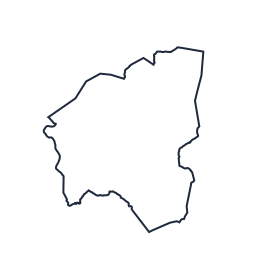 outline of San Marcos de Colon, Choluteca, Honduras, rotated 16°
{"feature_id": "27666195B6198023019370", "entity_name": "San Marcos de Colon", "entity_type": "district", "adm_level": 2, "iso_a3": "HND", "parent_name": "Honduras", "parent_adm1": "Choluteca", "projection": "albers", "projection_center": [-86.836, 13.415], "detail": "fine", "context": "isolated", "style": "outline", "palette": "slate", "viewbox_px": 256, "rotation_deg": 16, "n_neighbors": 0, "source": "geoboundaries", "source_scale": "gbopen_adm2", "svg_char_len": 5664}
<svg xmlns="http://www.w3.org/2000/svg" viewBox="0 0 256 256"><g transform="rotate(16 128 128)"><path d="M48.4,139.6L50.0,140.3L51.5,141.3L52.1,141.6L52.6,142.0L54.3,143.0L54.7,143.5L55.0,143.7L55.5,143.8L56.2,143.9L56.5,143.9L56.9,143.8L57.2,143.8L57.5,144.0L57.5,144.5L57.3,145.0L57.0,145.7L56.6,146.3L56.4,146.6L56.1,146.8L55.1,147.5L54.6,147.6L53.9,147.8L53.0,147.9L51.5,148.0L50.5,148.2L49.8,148.4L49.5,148.7L49.0,149.3L48.5,150.4L47.7,153.2L47.7,153.5L47.8,153.9L48.2,154.9L48.4,155.2L48.9,155.5L49.5,156.0L50.3,156.3L51.4,157.5L51.9,157.9L52.2,158.1L53.9,158.8L54.5,158.9L54.9,158.9L55.6,158.7L56.3,158.3L56.6,158.3L57.0,158.2L58.5,158.8L58.8,159.0L59.1,159.2L60.0,160.2L60.5,160.6L60.8,160.8L61.1,161.4L61.6,162.3L62.7,164.1L63.0,164.7L63.6,167.0L63.8,167.4L64.0,167.7L64.5,168.3L65.2,169.0L67.4,170.7L68.0,171.2L68.4,171.7L69.7,173.0L69.9,173.3L70.1,173.5L70.2,173.8L70.5,175.1L70.7,176.2L70.8,176.9L70.6,179.0L70.6,179.8L69.6,184.1L69.6,185.7L69.7,186.0L69.8,186.4L69.9,186.6L70.1,186.9L70.5,187.1L72.3,188.0L73.4,188.6L75.2,189.2L76.5,189.9L77.5,190.8L79.4,192.1L83.7,208.0L84.3,208.5L84.8,209.0L85.2,209.6L86.1,210.3L87.1,211.5L88.7,213.1L88.9,213.3L88.9,213.6L89.0,214.0L88.9,214.6L89.0,215.0L89.4,215.3L90.3,215.7L90.8,216.1L91.1,216.4L91.3,216.8L91.4,217.9L91.7,218.6L92.3,218.7L92.8,218.9L93.0,218.9L93.5,218.8L94.0,218.5L94.3,218.3L94.4,218.1L95.0,217.3L95.5,216.8L95.8,216.5L96.6,216.2L97.1,215.8L97.5,215.3L97.6,215.1L97.6,214.8L97.8,214.6L98.0,214.6L98.6,215.2L98.9,215.3L99.0,215.3L99.2,215.2L99.4,214.9L99.5,214.6L99.6,214.0L99.7,213.8L100.1,213.9L100.6,213.7L100.8,213.6L101.0,213.7L101.2,214.0L102.0,214.2L102.3,214.1L102.6,213.8L102.8,213.5L102.8,213.2L102.7,213.0L102.5,212.8L102.3,212.6L102.3,212.4L102.4,211.9L102.4,211.7L102.2,211.2L101.9,210.7L101.8,210.4L101.7,210.1L101.7,209.9L101.9,209.6L102.2,209.2L102.4,208.7L102.8,207.9L103.1,206.5L103.1,206.4L103.3,206.4L103.6,205.9L103.8,205.1L103.9,204.1L104.0,203.8L104.2,203.4L104.5,203.2L104.8,203.0L104.9,202.9L105.6,201.9L105.8,201.3L106.5,200.2L107.0,199.6L107.2,199.0L107.3,198.8L107.6,198.8L108.2,199.1L108.6,199.1L109.5,199.6L111.2,199.7L111.6,200.0L111.8,200.2L112.1,200.3L112.5,200.4L113.1,200.3L113.4,200.4L115.2,201.1L116.2,201.3L116.9,201.3L117.4,201.4L117.9,201.3L118.1,201.2L118.3,201.1L119.0,200.4L119.5,200.2L120.0,200.2L120.2,200.3L120.5,200.3L120.8,200.2L121.2,200.0L121.4,200.0L121.9,199.9L122.4,199.9L122.6,199.9L122.9,199.8L123.2,199.5L124.4,199.0L124.8,198.9L125.8,198.6L126.9,198.1L127.1,198.0L127.2,197.8L127.8,196.7L128.1,195.1L127.7,194.4L127.8,194.2L128.1,194.0L128.8,193.8L129.7,193.7L130.3,193.6L130.5,193.4L130.8,193.1L131.0,193.0L131.4,193.1L132.2,193.5L132.6,193.6L133.1,193.7L133.4,193.6L133.7,193.6L134.3,193.7L135.2,194.1L135.5,194.4L135.7,194.5L136.2,194.6L136.4,194.5L136.6,194.5L137.7,194.9L138.2,194.9L139.3,195.4L139.6,195.6L139.8,195.8L140.1,196.7L140.2,196.9L140.4,197.0L141.0,197.1L142.1,197.2L142.8,197.4L143.3,197.6L144.1,197.9L144.6,198.2L145.1,198.3L146.1,198.9L146.7,199.0L147.5,199.3L148.4,199.5L149.2,200.0L149.4,200.1L149.5,200.3L150.0,202.3L150.2,202.5L150.6,202.9L150.7,203.0L150.8,203.0L151.6,202.5L152.1,202.4L152.4,202.4L153.0,202.5L153.4,202.9L153.7,203.4L153.8,204.0L153.8,204.5L154.1,205.3L177.0,222.2L179.7,219.6L194.4,207.5L200.6,204.2L203.4,204.5L204.3,201.7L205.1,200.7L207.0,200.0L207.1,197.4L208.3,192.9L205.9,187.0L204.1,164.1L203.8,163.6L204.2,162.9L204.5,162.5L205.4,161.7L205.8,161.3L205.8,161.2L205.9,160.3L206.1,160.0L201.9,152.9L201.6,152.7L200.6,152.2L200.4,152.0L200.4,151.7L200.2,151.5L200.0,151.4L199.7,151.4L198.3,150.4L198.0,150.3L196.8,150.1L195.9,150.1L195.6,150.2L195.4,150.4L194.7,150.9L194.1,151.2L193.9,151.2L193.5,151.2L193.0,151.1L192.6,151.1L192.2,151.0L191.7,150.8L191.0,150.6L190.6,150.5L188.8,150.3L187.9,150.2L187.1,148.3L185.3,143.7L184.9,143.0L184.9,142.9L185.1,142.6L185.3,142.0L185.3,141.7L185.3,141.4L185.0,141.0L184.0,139.9L183.9,139.7L183.8,139.1L183.8,138.8L183.8,138.6L183.6,138.0L183.3,137.2L183.5,136.5L183.6,136.2L183.3,135.1L183.2,134.4L183.6,133.2L183.9,132.8L185.1,131.7L185.4,131.3L185.8,130.5L186.0,130.1L186.5,129.7L187.0,129.2L187.6,128.4L188.1,127.7L188.3,127.4L189.4,126.5L189.9,126.0L190.2,125.6L190.4,125.6L191.1,125.3L191.7,124.9L191.8,124.7L191.7,124.4L191.5,124.2L192.1,123.4L192.3,123.2L192.9,121.8L193.5,121.1L194.5,120.3L195.2,119.5L197.5,116.7L197.6,116.3L197.5,116.0L197.2,115.5L196.4,114.5L195.9,113.8L195.6,112.9L195.2,111.7L195.1,111.0L194.9,109.2L195.1,108.9L195.4,108.2L196.1,106.8L184.9,83.4L184.5,74.3L184.1,57.2L179.7,35.5L179.3,33.8L158.2,36.1L153.4,36.8L153.1,37.1L152.7,37.9L152.2,38.7L151.9,39.0L151.7,39.3L150.1,41.0L149.4,41.7L148.9,42.3L148.5,42.9L148.3,43.1L148.0,43.1L147.7,43.3L147.1,43.4L146.7,43.4L146.3,43.6L145.9,43.8L142.8,44.2L142.6,44.3L141.6,45.0L140.5,45.4L139.9,45.5L139.3,45.6L138.9,45.6L138.3,45.6L138.0,45.6L137.1,45.9L135.5,46.4L134.8,46.7L134.7,47.0L134.6,47.4L134.2,48.7L134.0,49.0L133.8,49.3L133.0,49.8L132.9,50.1L132.9,50.6L132.9,50.8L133.0,51.0L133.4,51.7L133.5,51.9L133.4,52.1L133.5,52.3L133.8,53.4L134.0,53.8L134.1,54.3L134.2,54.7L134.4,55.0L134.3,55.4L134.3,55.6L134.5,56.0L134.7,56.4L134.6,56.7L134.9,57.1L135.2,57.3L135.3,57.5L135.5,57.7L135.5,57.9L135.5,58.1L135.5,58.4L135.4,58.5L135.1,59.1L135.1,60.1L123.6,56.4L113.3,66.5L113.2,66.7L113.0,67.5L112.8,67.7L112.6,67.8L112.4,67.9L112.4,68.2L112.3,68.6L112.2,68.8L112.0,69.4L111.0,70.7L109.5,72.7L109.4,73.1L109.4,74.2L109.8,75.8L109.7,76.6L109.7,76.8L109.7,77.1L110.0,78.1L110.2,78.4L111.0,79.2L111.1,79.6L111.1,79.8L110.8,80.2L110.7,80.5L110.7,81.5L110.6,81.8L96.9,81.5L86.4,83.4L74.9,94.8L69.3,114.0L48.4,139.6Z" fill="none" stroke="#1e293b" stroke-width="2"/></g></svg>